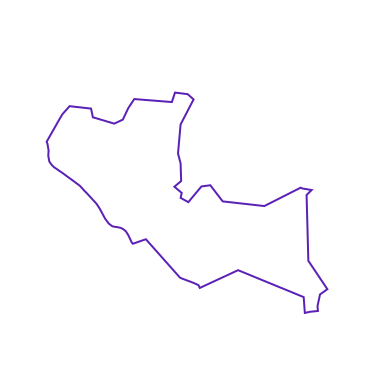 Maynard Hill, Castries, Saint Lucia (Mercator projection), rotated 102°
{"feature_id": "8701671B31339536458012", "entity_name": "Maynard Hill", "entity_type": "district", "adm_level": 2, "iso_a3": "LCA", "parent_name": "Saint Lucia", "parent_adm1": "Castries", "projection": "mercator", "projection_center": [-60.99, 14.003], "detail": "fine", "context": "isolated", "style": "outline", "palette": "violet", "viewbox_px": 384, "rotation_deg": 102, "n_neighbors": 0, "source": "geoboundaries", "source_scale": "gbopen_adm2", "svg_char_len": 1087}
<svg xmlns="http://www.w3.org/2000/svg" viewBox="0 0 384 384"><g transform="rotate(102 192 192)"><path d="M284.2,164.4L258.9,130.7L271.6,60.9L286.8,56.5L284.6,51.6L282.2,44.1L277.5,45.5L265.6,45.5L258.9,39.4L235.1,63.9L171.1,79.3L165.2,75.4L165.6,84.4L165.3,86.9L165.8,87.4L190.7,118.3L194.8,160.0L181.6,175.5L184.6,183.9L202.7,193.5L200.1,201.9L195.0,201.9L190.5,210.3L183.5,204.9L166.4,209.1L157.2,213.7L128.3,217.2L101.1,209.7L97.2,216.6L98.3,229.3L108.2,230.4L113.1,267.8L123.3,271.8L135.6,274.7L141.3,282.3L139.5,304.5L131.4,308.1L133.5,329.6L143.0,335.0L149.7,337.2L173.0,344.6L174.5,343.6L181.2,340.9L186.5,340.1L191.4,338.1L192.5,337.3L194.9,334.5L196.5,332.0L197.2,330.2L199.2,325.4L200.4,322.5L202.8,317.2L206.5,308.9L209.4,302.7L213.2,297.5L215.2,294.4L219.9,287.8L223.4,282.9L227.4,278.9L233.7,273.5L236.1,271.5L240.1,267.0L242.1,262.8L242.1,260.3L241.9,257.4L241.9,254.3L242.6,251.7L244.1,248.6L247.3,245.5L250.6,242.9L253.6,240.7L254.9,239.1L247.8,227.3L278.3,185.9L278.8,183.5L280.5,172.0L281.7,166.4L284.2,164.4Z" fill="none" stroke="#5b21b6" stroke-width="2"/></g></svg>